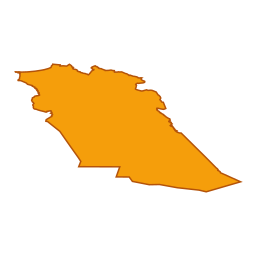 Húnavatnshreppur, Norðurland vestra, Iceland
{"feature_id": "244011B27584551294957", "entity_name": "Húnavatnshreppur", "entity_type": "district", "adm_level": 2, "iso_a3": "ISL", "parent_name": "Iceland", "parent_adm1": "Norðurland vestra", "projection": "equal_earth", "projection_center": [-19.834, 65.207], "detail": "fine", "context": "isolated", "style": "filled", "palette": "amber", "viewbox_px": 256, "rotation_deg": 0, "n_neighbors": 0, "source": "geoboundaries", "source_scale": "gbopen_adm2", "svg_char_len": 5176}
<svg xmlns="http://www.w3.org/2000/svg" viewBox="0 0 256 256"><path d="M116.2,176.9L129.2,177.0L132.4,181.4L149.2,184.7L159.5,184.5L177.2,187.7L199.0,190.1L206.2,191.8L240.6,181.8L220.4,172.7L220.2,171.9L220.0,171.6L219.3,171.2L218.6,170.6L217.8,170.4L217.8,170.2L218.0,169.5L217.7,169.2L217.4,168.9L216.8,168.3L216.5,168.2L206.1,157.7L181.1,133.0L179.6,133.0L177.9,132.4L177.4,132.3L176.8,131.9L177.1,131.7L177.0,131.4L176.6,131.0L176.6,130.9L176.4,130.9L176.5,130.8L176.4,130.7L176.2,130.7L176.4,130.6L176.1,130.5L175.9,130.5L175.7,130.5L175.6,130.4L175.3,130.5L174.8,130.1L174.8,129.8L174.7,129.7L174.9,129.5L174.8,129.4L174.5,129.3L174.6,129.1L174.1,128.8L174.3,128.7L174.0,128.4L173.8,127.9L173.6,127.8L173.5,127.6L173.3,127.5L173.1,127.1L172.8,127.0L172.8,126.9L172.5,126.8L172.5,126.7L172.0,126.4L171.7,126.3L172.2,126.1L171.6,125.6L171.0,125.5L171.3,125.3L170.7,125.2L170.9,125.0L170.8,124.9L170.4,124.9L170.8,124.8L170.4,124.7L171.2,124.6L171.4,124.6L171.6,124.2L171.4,124.0L171.4,123.9L171.9,123.7L171.4,123.2L171.1,122.7L170.7,122.6L171.0,122.3L170.8,122.1L170.1,121.9L169.1,121.7L168.8,121.6L168.8,121.3L169.3,121.2L170.0,120.7L169.6,120.4L169.6,120.2L170.0,119.8L169.8,119.3L169.9,119.2L169.7,118.8L168.9,118.6L167.9,118.0L167.4,117.8L166.8,117.3L166.1,117.0L165.5,116.2L164.7,115.9L164.2,115.4L163.8,115.2L163.5,114.9L163.6,114.6L162.0,113.8L161.8,113.6L161.1,113.3L161.1,113.1L160.9,112.9L160.1,112.7L160.1,112.4L159.3,112.0L159.1,111.7L159.1,111.4L158.3,111.1L157.7,110.5L157.0,110.1L156.8,109.8L156.8,109.5L157.2,109.2L156.8,109.0L156.7,108.9L156.8,108.4L156.9,108.2L157.9,108.2L160.7,108.9L163.1,109.3L163.7,109.3L164.4,109.1L165.8,108.5L163.3,102.3L161.7,102.0L161.3,101.6L161.1,100.9L159.9,99.7L160.7,98.3L160.7,97.8L160.1,96.6L159.0,95.4L158.0,94.8L156.2,92.0L152.2,90.4L151.7,90.3L150.5,90.2L148.0,90.4L146.6,89.8L142.7,90.9L141.5,91.0L140.6,90.8L137.6,90.0L136.1,89.4L135.5,89.1L135.5,88.5L135.7,88.0L135.8,87.7L136.1,87.2L136.3,85.7L136.5,85.3L136.4,85.2L135.9,84.9L135.7,84.5L135.8,84.4L136.1,84.1L136.3,83.9L136.3,83.7L137.4,83.2L138.9,83.4L139.6,83.2L143.0,82.9L144.2,82.5L144.6,82.3L144.8,81.7L144.6,81.2L143.6,80.9L142.6,80.5L141.2,79.5L141.2,79.1L141.5,78.1L141.8,77.9L141.4,77.8L140.7,77.8L139.9,78.0L138.2,77.8L137.8,77.6L137.7,77.3L136.9,76.9L134.7,76.4L132.9,76.2L131.6,75.6L131.0,75.6L130.5,75.2L129.9,75.2L129.1,75.5L128.8,75.2L128.7,74.9L128.4,74.9L127.4,74.1L126.4,73.7L125.4,73.5L124.7,73.2L122.0,72.0L121.4,71.9L119.6,72.0L118.5,71.8L117.1,72.1L114.5,72.1L114.3,71.9L114.5,71.3L114.3,71.0L114.0,70.8L114.1,70.6L112.7,70.5L111.2,70.1L110.6,70.1L108.4,70.4L105.1,70.5L105.0,70.3L105.1,70.2L102.8,69.4L101.0,68.6L99.9,68.6L99.2,68.3L98.8,68.3L98.7,68.2L98.8,68.0L98.4,67.8L98.3,67.5L97.8,67.4L97.4,67.2L97.3,66.9L97.0,66.6L96.2,66.5L95.9,66.3L95.5,66.2L95.4,66.0L95.2,65.8L94.0,66.2L91.9,67.1L91.3,67.7L91.2,67.9L91.3,68.0L92.2,68.3L92.3,69.1L92.6,69.3L93.8,69.5L94.5,69.4L94.0,69.6L93.4,70.1L92.1,70.8L91.5,71.1L91.3,71.4L91.0,72.0L89.5,73.8L89.0,74.3L88.4,74.8L87.6,74.5L87.4,74.3L87.2,74.1L86.2,74.0L85.5,73.6L83.5,73.3L82.7,73.1L82.2,72.8L80.6,72.5L80.3,72.3L80.3,72.0L80.1,71.8L78.6,71.6L77.6,71.2L77.4,71.0L77.5,70.6L77.1,70.1L76.7,69.8L75.6,69.4L74.7,69.3L73.2,69.0L73.0,68.8L73.2,68.4L72.6,67.9L72.6,67.6L73.1,67.3L71.7,66.7L71.6,66.3L71.7,66.1L71.6,65.9L70.6,65.1L69.4,64.3L66.7,66.1L63.1,65.8L60.3,66.0L60.3,65.8L59.9,65.8L60.2,64.9L52.8,64.2L52.8,64.4L52.6,64.8L51.4,66.0L51.4,66.5L51.1,66.9L51.0,67.4L50.8,67.6L49.9,67.9L48.5,68.5L44.2,69.7L41.0,70.3L35.1,71.2L27.6,71.9L21.3,72.1L18.8,71.8L18.3,71.9L17.9,72.0L17.4,71.9L15.4,71.8L15.5,72.1L15.8,72.2L17.5,72.1L18.3,72.1L18.4,72.3L18.0,72.6L18.0,72.8L19.0,72.9L20.1,73.3L20.0,73.5L19.8,73.8L20.0,74.5L19.9,74.8L20.0,75.6L19.9,76.6L19.6,77.4L19.5,78.7L19.4,78.9L18.3,79.8L18.0,80.1L18.1,80.5L18.6,80.6L20.2,80.6L21.2,80.8L25.2,82.5L26.4,83.1L27.0,83.8L27.6,84.3L32.4,85.6L32.7,86.0L32.5,86.3L33.1,86.5L33.3,86.5L33.5,86.8L34.3,87.1L34.2,87.2L34.4,87.4L34.7,87.4L34.8,87.3L35.0,87.7L34.8,87.8L34.9,88.2L35.2,88.3L35.5,88.2L36.3,88.4L36.6,88.8L36.3,89.1L37.1,89.4L37.0,89.8L37.3,90.2L37.2,90.3L37.5,90.4L37.2,90.7L37.4,90.8L37.6,91.0L37.9,91.2L37.8,91.4L38.1,91.6L38.4,92.1L38.2,92.3L38.9,92.7L38.8,92.8L38.7,93.0L39.0,93.3L39.1,93.6L38.8,93.7L39.1,93.9L39.0,94.1L39.3,94.3L39.2,94.6L39.5,94.9L39.5,95.2L37.8,95.7L36.7,95.8L34.8,96.2L34.5,96.5L34.1,96.8L34.0,97.2L33.3,97.5L32.7,97.7L32.3,98.0L32.2,99.3L31.7,99.9L31.6,100.2L32.3,101.8L33.0,102.3L33.4,102.6L33.9,103.5L33.1,104.3L32.8,104.9L32.8,105.2L33.4,106.1L33.3,107.5L33.4,107.8L33.9,108.6L34.5,109.0L36.4,109.3L37.6,109.8L39.8,110.5L44.3,111.6L45.1,111.9L46.0,112.1L46.8,112.0L47.0,111.7L46.9,111.4L47.1,111.3L47.9,111.3L50.0,110.8L50.4,110.9L50.7,110.8L50.9,110.9L50.8,111.0L51.0,111.3L51.0,111.5L51.2,111.8L51.4,112.1L51.6,112.1L51.8,112.4L51.3,112.9L51.3,113.0L51.0,113.0L50.9,113.1L51.2,113.2L51.0,113.3L51.3,113.4L51.2,113.5L51.5,113.7L51.7,113.9L52.1,114.2L52.2,114.5L52.5,114.8L51.5,115.8L51.6,116.0L51.8,116.4L51.8,116.5L50.9,116.8L46.3,119.6L46.0,120.1L45.9,121.3L47.5,121.5L59.8,131.3L70.5,146.6L78.4,157.7L80.8,161.4L78.7,166.7L119.8,166.8L116.2,176.9Z" fill="#f59e0b" stroke="#b45309" stroke-width="1.5"/></svg>